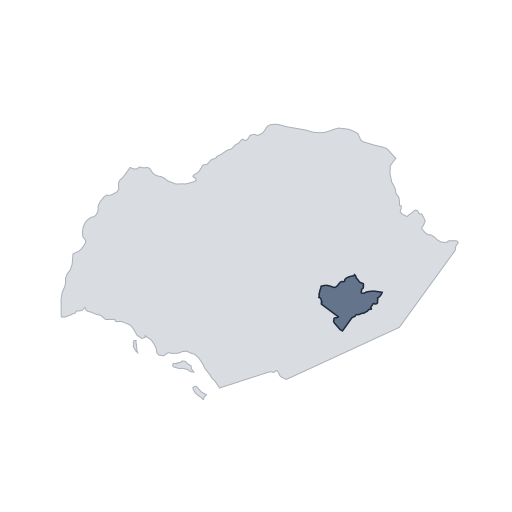 United Republic of Tanzania, with Simiyu highlighted, rotated 126°
{"feature_id": "TZA-5585", "entity_name": "Simiyu", "entity_type": "Region", "adm_level": 1, "iso_a3": "TZA", "parent_name": "United Republic of Tanzania", "parent_adm1": "", "projection": "albers", "projection_center": [34.096, -3.023], "detail": "fine", "context": "in_parent", "style": "filled", "palette": "slate", "viewbox_px": 512, "rotation_deg": 126, "n_neighbors": 0, "source": "natural_earth", "source_scale": "10m", "svg_char_len": 5176}
<svg xmlns="http://www.w3.org/2000/svg" viewBox="0 0 512 512"><g transform="rotate(126 256 256)"><path d="M198.5,346.2L193.7,343.7L189.3,342.2L185.7,340.5L184.2,338.9L180.8,338.3L177.9,338.0L175.2,336.5L169.8,335.9L169.1,334.9L169.0,332.6L168.1,332.0L166.1,331.4L163.9,331.5L162.6,331.8L161.8,331.6L160.1,330.3L158.4,328.6L157.8,325.9L155.2,324.2L152.3,322.8L144.3,323.0L143.0,322.5L141.1,321.2L138.9,318.9L137.0,316.3L135.5,312.8L133.8,308.0L124.5,289.1L123.5,285.5L121.7,281.5L118.7,276.7L115.6,273.0L111.3,269.8L106.5,266.5L103.9,264.3L98.9,255.4L97.9,251.2L97.1,246.8L97.4,245.1L100.5,239.5L100.8,237.9L100.4,235.8L98.8,231.3L96.9,225.9L92.9,216.1L92.3,213.6L92.4,211.7L94.6,201.7L94.6,200.3L103.9,200.5L110.6,196.0L116.5,189.5L117.7,186.7L120.1,182.5L122.4,180.4L123.3,179.0L124.6,174.8L127.7,171.9L130.7,169.7L130.1,168.2L130.6,167.6L132.2,166.5L135.4,165.4L136.0,163.2L136.0,160.7L135.5,159.4L135.6,157.8L135.1,156.9L133.0,156.6L129.9,155.4L127.2,154.9L125.5,154.2L124.8,153.6L124.5,152.1L126.0,148.3L124.5,146.7L127.7,140.4L128.3,139.6L129.5,139.5L131.4,138.8L133.1,138.5L134.5,138.7L135.5,138.5L136.5,137.7L137.2,135.6L137.8,132.0L137.5,129.0L136.1,126.8L135.8,123.3L136.4,118.7L135.9,114.8L134.4,111.7L132.9,109.9L130.5,109.1L126.9,104.4L125.7,102.1L125.9,100.7L127.2,100.1L129.5,100.3L131.7,99.7L133.8,98.4L135.8,98.0L136.8,98.2L229.5,98.1L337.7,158.7L338.2,159.4L339.0,164.6L338.8,166.4L337.1,169.4L336.6,170.9L336.6,172.0L337.0,172.4L338.5,172.6L339.7,173.3L340.1,173.9L341.0,176.1L342.2,177.3L383.1,207.1L384.1,207.5L383.5,210.0L381.1,216.0L381.0,218.6L380.1,221.5L379.2,223.5L376.8,231.9L374.8,235.1L372.1,242.5L371.6,248.2L373.1,252.2L373.6,255.9L376.8,259.6L379.3,260.9L381.0,262.6L384.0,266.4L385.7,270.2L391.1,272.1L393.3,276.4L392.5,279.4L390.0,281.8L387.6,285.8L385.6,291.0L385.6,298.9L386.8,297.7L389.7,299.7L390.1,305.5L387.1,312.3L386.1,315.5L386.0,318.3L388.1,326.4L391.3,330.6L391.1,331.9L390.2,333.0L395.8,340.3L395.3,346.7L397.3,351.7L398.2,356.0L399.6,359.3L399.8,361.6L398.1,364.1L402.2,364.7L404.5,366.8L405.7,368.8L408.6,368.7L410.2,370.1L412.5,371.2L417.5,374.5L418.9,376.2L419.7,377.8L405.7,388.2L400.7,390.8L397.1,392.0L393.2,392.7L389.6,394.3L386.1,396.9L381.7,398.2L376.3,398.2L370.7,399.9L361.8,405.3L356.6,402.3L352.5,401.3L347.9,401.4L345.0,401.8L344.0,402.4L343.1,404.2L342.3,407.2L339.3,410.1L333.9,412.9L329.0,413.9L324.4,413.2L321.4,412.0L319.8,410.4L317.4,409.6L314.3,409.8L311.3,410.9L308.5,413.1L303.9,414.0L297.7,413.7L294.3,412.6L293.9,410.8L291.2,408.7L286.2,406.3L282.5,406.2L280.1,408.5L277.9,410.0L276.0,410.6L274.2,410.7L271.7,410.0L264.8,409.8L258.3,409.9L257.6,406.5L256.3,404.5L255.1,403.3L252.8,402.9L252.2,402.0L251.4,399.9L250.3,398.1L248.9,396.7L248.0,395.3L247.7,394.0L247.9,392.7L249.3,389.2L249.7,386.9L249.6,384.5L248.8,382.0L247.3,379.0L247.4,378.2L246.9,376.2L246.9,374.8L247.2,373.0L246.9,370.7L245.5,365.8L245.5,364.5L244.1,362.1L239.8,356.5L239.6,355.7L232.8,350.1L230.0,348.8L229.0,349.9L228.7,350.9L229.0,352.7L228.8,353.6L228.5,354.0L226.9,353.9L225.9,353.7L223.3,352.2L221.3,351.8L216.3,352.1L214.5,352.5L213.2,352.1L210.5,349.5L207.4,349.0L204.6,348.8L200.0,345.9L198.5,346.2ZM392.0,251.4L394.2,257.7L393.9,258.8L392.3,259.6L391.5,259.6L390.5,258.6L389.8,256.5L388.6,257.0L386.5,254.4L384.5,254.3L382.7,251.3L383.4,248.6L383.0,244.1L385.2,241.8L386.5,238.0L387.9,240.6L388.2,244.8L390.1,249.6L392.0,251.4ZM403.0,214.0L403.2,215.4L402.7,216.8L402.8,221.3L402.6,224.3L400.9,228.4L399.5,229.8L398.3,229.4L397.3,228.7L396.5,227.6L398.1,220.1L397.4,214.5L400.5,215.1L403.0,214.0ZM398.0,304.6L396.4,305.0L395.8,304.6L394.8,303.3L396.5,302.3L398.2,300.3L402.0,297.3L403.8,294.9L403.5,297.3L401.3,302.3L399.5,302.7L398.0,304.6Z" fill="#d9dde1" stroke="#a8b0b8" stroke-width="1"/><path d="M222.7,130.1L223.8,130.4L224.7,131.2L225.2,132.4L225.1,132.7L226.3,133.3L227.1,133.0L229.1,133.1L230.3,133.0L230.5,131.9L231.2,131.5L233.1,133.3L234.1,133.4L235.2,133.4L237.5,134.6L238.3,134.8L239.0,135.2L239.6,136.2L240.6,136.9L242.8,138.2L243.6,139.1L244.3,140.2L245.1,140.6L246.1,140.5L246.8,140.5L248.5,141.6L249.6,142.1L265.8,142.0L266.1,144.9L264.1,153.3L263.3,154.8L261.7,155.5L261.2,155.9L260.7,156.2L259.6,155.8L258.9,154.8L257.8,153.9L256.8,153.7L256.5,174.8L255.7,175.6L255.0,175.4L254.4,175.6L254.4,176.1L254.2,176.5L253.2,177.4L252.4,178.5L252.3,179.7L252.6,180.9L251.5,181.1L250.7,181.7L250.4,182.3L245.3,184.4L244.3,184.6L243.2,184.9L242.3,185.6L240.9,184.5L239.7,183.4L238.0,181.3L236.8,178.4L235.8,175.0L234.8,173.4L232.4,172.7L229.7,172.6L227.5,172.4L226.1,171.5L225.2,169.9L224.3,169.5L223.3,170.1L222.2,170.3L220.7,169.9L218.2,168.6L216.0,166.7L214.6,165.4L213.1,165.3L213.8,163.1L214.6,162.4L215.0,161.5L215.2,160.1L216.0,157.6L216.2,156.4L215.3,153.0L215.8,152.3L216.5,152.1L216.9,151.6L217.4,151.1L218.1,150.9L218.9,150.4L221.0,151.0L222.1,150.1L222.6,149.9L223.2,149.9L223.8,149.3L223.9,148.5L223.1,147.2L221.8,146.3L220.5,145.7L219.4,144.8L218.1,143.5L215.8,140.9L214.9,139.7L211.2,132.6L211.6,132.5L212.4,132.2L213.9,132.1L215.6,132.1L217.3,132.4L218.5,133.0L219.2,132.3L219.6,131.9L220.0,131.8L220.3,131.7L221.6,130.7L222.7,130.1Z" fill="#64748b" stroke="#1e293b" stroke-width="1.5"/></g></svg>